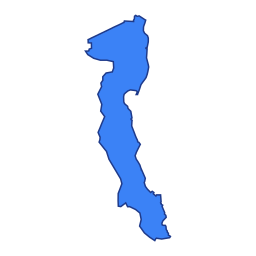 outline of Al Gitaina, White Nile, Sudan
{"feature_id": "16777658B71030870448904", "entity_name": "Al Gitaina", "entity_type": "district", "adm_level": 2, "iso_a3": "SDN", "parent_name": "Sudan", "parent_adm1": "White Nile", "projection": "natural_earth1", "projection_center": [32.426, 14.401], "detail": "fine", "context": "isolated", "style": "filled", "palette": "blue", "viewbox_px": 256, "rotation_deg": 0, "n_neighbors": 0, "source": "geoboundaries", "source_scale": "gbopen_adm2", "svg_char_len": 2706}
<svg xmlns="http://www.w3.org/2000/svg" viewBox="0 0 256 256"><path d="M139.6,226.1L144.4,232.9L149.9,237.4L154.8,240.6L155.8,238.7L156.4,238.2L161.7,239.0L169.6,237.7L169.9,237.3L170.4,236.6L170.5,236.5L170.5,236.4L169.3,235.6L168.4,235.2L168.4,233.3L167.9,232.7L167.3,232.2L167.3,231.1L166.2,229.5L166.0,226.6L165.4,225.4L163.2,225.3L162.2,224.9L161.9,223.2L162.9,220.8L166.2,217.3L165.8,215.3L164.5,214.1L164.7,212.7L162.1,206.5L162.7,205.2L161.3,204.4L161.2,203.5L160.7,203.2L160.6,202.4L161.1,201.9L160.6,194.9L156.6,194.9L155.9,196.0L153.3,193.8L153.9,192.5L152.2,191.3L150.7,192.5L147.5,189.3L147.1,188.8L145.4,186.4L144.2,182.5L144.7,181.4L145.3,178.3L141.8,170.2L141.3,169.9L141.5,169.6L140.7,167.7L139.9,165.1L138.1,162.0L136.2,159.1L135.1,155.7L136.1,153.1L136.4,152.2L136.9,151.2L138.0,148.9L139.0,146.9L140.3,144.3L138.8,142.3L137.9,142.0L137.5,140.9L137.5,140.4L136.2,137.7L135.5,136.0L134.0,132.0L133.0,129.4L131.8,126.3L131.7,125.8L131.9,121.9L132.1,120.2L131.1,119.6L131.2,118.5L132.0,118.0L131.4,114.7L130.8,111.3L129.5,110.0L128.0,108.4L127.6,106.3L125.1,104.2L124.4,103.4L123.8,101.9L123.7,99.5L123.6,96.8L124.1,94.3L125.7,92.7L127.2,91.5L127.5,91.2L128.2,90.8L130.4,89.9L134.3,90.4L135.6,90.6L136.0,90.6L137.4,91.7L136.2,94.5L137.5,94.5L137.5,94.4L137.6,94.2L137.7,93.9L138.9,90.9L139.4,89.5L140.5,86.1L141.0,84.6L142.7,82.2L145.1,79.0L146.1,77.5L147.2,74.3L147.9,71.3L148.2,69.7L148.7,67.0L148.5,65.9L148.3,64.8L147.4,61.3L146.5,57.9L146.8,53.8L147.1,48.8L146.3,48.7L145.9,48.3L146.1,47.7L147.2,47.3L148.2,42.3L148.3,41.3L148.3,38.1L147.5,35.7L144.6,33.2L143.4,30.8L143.5,27.2L143.7,26.2L144.8,23.2L145.4,21.2L145.7,20.1L144.9,19.7L142.2,17.9L139.1,15.9L138.1,16.2L137.3,16.3L136.5,16.0L136.0,15.5L135.5,15.4L135.1,15.8L134.5,16.3L134.5,17.0L134.4,17.8L134.4,18.5L134.1,19.5L133.7,19.9L133.5,20.4L133.6,21.1L133.6,21.5L127.9,21.2L124.4,21.0L124.3,21.4L124.1,21.8L124.0,22.4L123.9,22.4L122.2,23.2L122.1,23.3L121.7,23.5L118.8,24.9L116.4,26.0L115.9,26.2L114.0,27.1L113.1,27.5L111.8,28.2L95.4,36.1L94.6,36.5L91.4,38.0L89.9,38.8L88.7,39.4L88.1,39.6L88.2,42.6L88.2,42.8L91.4,43.0L91.5,48.3L89.2,49.1L88.8,50.9L88.1,51.0L87.4,51.1L85.5,51.1L86.2,52.2L87.8,54.6L91.0,56.6L93.7,58.3L100.4,60.2L106.8,60.2L113.3,61.6L113.7,68.0L112.3,71.9L106.1,73.0L102.8,76.7L102.8,80.3L100.9,83.1L101.6,86.7L97.8,94.2L99.6,98.8L101.8,104.3L100.7,111.1L104.7,116.6L101.7,123.6L100.0,127.9L98.1,132.4L98.5,133.4L100.1,137.2L99.9,139.7L99.1,142.1L104.7,149.2L106.5,151.4L109.0,159.3L120.6,178.8L121.9,183.7L120.1,188.6L118.2,193.5L118.1,200.8L118.3,206.2L120.8,206.6L125.7,202.9L127.6,206.7L129.8,206.7L135.6,209.5L139.9,213.0L141.2,219.5L139.6,226.1Z" fill="#3b82f6" stroke="#1e3a8a" stroke-width="1.5"/></svg>